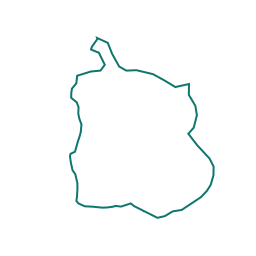 outline of Agia Kepir, Cyprus, rotated 72°
{"feature_id": "46923920B83418385302054", "entity_name": "Agia Kepir", "entity_type": "district", "adm_level": 2, "iso_a3": "CYP", "parent_name": "Cyprus", "parent_adm1": "", "projection": "natural_earth1", "projection_center": [33.563, 35.109], "detail": "fine", "context": "isolated", "style": "outline", "palette": "teal", "viewbox_px": 256, "rotation_deg": 72, "n_neighbors": 0, "source": "geoboundaries", "source_scale": "gbopen_adm2", "svg_char_len": 1184}
<svg xmlns="http://www.w3.org/2000/svg" viewBox="0 0 256 256"><g transform="rotate(72 128 128)"><path d="M32.8,129.6L33.9,129.6L39.7,137.4L41.9,138.9L45.9,134.3L47.2,132.5L47.7,132.4L56.1,131.2L60.6,130.5L60.8,130.7L64.9,136.4L64.0,140.5L62.8,145.9L62.6,160.2L69.5,163.3L69.8,163.8L73.3,169.2L73.8,169.4L77.1,171.1L81.8,172.7L87.8,168.8L92.9,168.6L97.5,170.3L98.7,170.8L103.8,171.4L110.3,171.2L117.1,174.1L118.1,174.7L121.3,176.8L123.3,178.3L126.0,180.3L130.4,183.2L134.2,185.8L134.8,190.5L136.4,191.7L137.8,192.1L140.8,192.6L143.0,193.0L150.9,193.8L155.8,192.4L164.8,193.2L170.5,195.0L174.1,196.4L176.2,197.2L177.9,197.9L181.3,199.6L184.1,198.7L186.5,196.2L189.1,193.3L192.0,185.7L195.6,177.6L197.1,172.6L198.3,166.1L198.2,164.2L200.6,158.8L200.6,148.7L204.2,146.3L211.0,139.4L211.9,138.9L212.2,138.2L213.8,136.6L222.5,127.8L223.2,120.2L221.1,111.2L221.7,107.6L222.5,102.2L219.8,92.5L216.3,80.0L212.2,72.4L207.5,66.8L199.3,61.3L191.1,58.5L182.2,59.9L165.8,67.5L152.1,72.4L148.0,65.4L137.1,58.5L127.6,57.1L115.3,59.9L105.0,56.4L103.7,70.3L94.1,78.6L84.5,87.6L75.6,102.2L72.9,111.9L66.8,117.4L52.4,120.2L40.8,120.9L32.8,129.6Z" fill="none" stroke="#0f766e" stroke-width="2"/></g></svg>